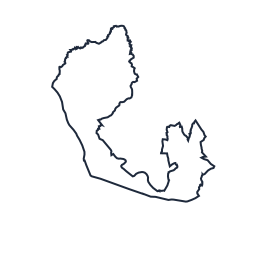 Calamar, Bolívar, Colombia (Robinson projection), rotated 143°
{"feature_id": "7082276B23618457670611", "entity_name": "Calamar", "entity_type": "district", "adm_level": 2, "iso_a3": "COL", "parent_name": "Colombia", "parent_adm1": "Bolívar", "projection": "robinson", "projection_center": [-75.024, 10.234], "detail": "fine", "context": "isolated", "style": "outline", "palette": "slate", "viewbox_px": 256, "rotation_deg": 143, "n_neighbors": 0, "source": "geoboundaries", "source_scale": "gbopen_adm2", "svg_char_len": 5737}
<svg xmlns="http://www.w3.org/2000/svg" viewBox="0 0 256 256"><g transform="rotate(143 128 128)"><path d="M112.2,31.1L112.1,33.8L111.8,34.0L111.7,34.6L111.1,35.3L107.9,36.3L107.0,37.9L105.0,38.4L104.8,39.1L104.1,39.2L103.6,38.6L103.5,37.6L102.9,37.9L101.6,39.6L101.6,40.5L101.3,39.9L101.0,40.3L100.8,42.3L100.1,43.8L98.5,44.7L97.5,45.6L96.6,45.7L96.4,46.0L96.4,45.6L95.9,45.7L95.5,45.4L94.5,45.1L89.8,45.9L88.3,45.8L86.3,45.6L83.8,44.6L82.1,45.5L83.5,49.4L83.8,54.4L86.0,57.4L87.2,60.1L85.7,59.8L83.0,58.3L83.6,64.1L82.5,65.0L81.6,67.3L81.1,68.0L80.0,70.5L78.5,73.1L74.7,72.9L73.2,74.0L71.1,74.4L71.2,76.2L70.1,79.5L70.3,82.5L69.5,93.4L71.1,93.0L72.5,92.0L73.0,92.5L74.0,92.3L74.8,91.9L75.6,90.9L77.7,89.5L78.8,89.0L79.1,88.4L79.8,88.1L80.6,86.6L80.9,86.9L81.7,86.0L82.0,85.9L82.3,86.1L82.4,85.4L82.9,85.4L83.2,84.7L84.3,83.8L85.6,83.3L87.5,81.8L87.3,83.0L86.3,83.8L86.1,84.7L86.4,85.4L86.4,86.9L86.8,87.5L87.1,88.9L86.8,91.8L86.5,92.8L85.0,95.0L84.3,96.8L85.9,97.5L85.7,98.0L84.4,98.8L83.8,101.4L84.6,101.5L85.5,101.2L86.5,101.6L87.7,101.4L89.5,101.6L92.1,104.5L92.5,104.4L93.4,104.8L94.5,104.0L95.9,105.3L96.4,105.2L98.2,103.3L99.0,100.9L100.3,100.9L100.6,99.7L101.1,99.5L101.4,99.0L101.4,97.7L102.5,96.4L102.7,95.7L103.2,95.1L103.9,94.6L105.0,96.3L107.0,98.1L108.6,96.6L110.8,92.6L113.9,90.3L114.9,88.9L116.2,88.5L116.8,87.9L112.1,84.2L113.4,81.7L114.2,79.4L115.2,78.0L117.7,72.2L114.6,72.4L112.1,72.0L111.2,71.5L111.7,70.2L111.4,68.2L111.5,67.8L111.7,67.4L111.6,67.7L112.3,67.2L112.2,67.1L112.4,66.9L113.1,66.9L114.4,67.1L115.6,66.8L117.0,66.8L120.6,68.1L121.1,68.0L122.2,68.3L122.9,67.5L123.4,67.4L125.2,65.3L126.6,62.7L126.6,61.7L127.1,61.6L127.5,61.0L131.2,58.4L136.7,56.1L136.8,56.4L138.9,57.5L139.9,58.4L140.4,59.6L140.3,59.9L140.8,59.1L140.9,59.5L142.0,59.6L141.4,59.4L141.4,59.2L142.5,59.8L144.0,65.1L144.4,69.1L144.2,72.7L143.5,74.4L141.7,76.5L141.2,78.0L141.0,80.1L141.5,82.3L142.6,83.8L143.6,84.6L146.4,86.0L149.1,86.5L151.8,86.0L153.3,86.5L155.4,94.5L156.1,98.1L156.7,99.8L156.6,101.2L156.2,101.8L155.1,102.2L152.9,101.9L150.8,102.2L150.0,102.4L149.4,103.5L149.7,104.9L150.4,106.1L152.6,108.3L153.8,109.0L155.0,110.5L155.4,112.8L155.4,116.1L157.6,116.3L156.3,118.5L155.4,119.2L155.0,120.1L154.9,121.3L155.5,133.5L157.2,136.5L155.8,140.8L156.2,142.9L154.5,144.7L153.2,144.5L152.4,145.4L151.4,144.6L150.2,146.9L148.8,146.2L147.6,147.1L147.0,146.1L147.1,152.3L145.3,151.7L144.9,151.2L143.2,151.2L141.3,150.5L137.8,148.8L134.9,148.6L133.8,148.3L131.3,148.9L130.7,149.6L127.9,149.9L126.7,150.9L125.2,151.4L121.4,151.3L120.8,151.7L120.4,152.5L119.1,153.2L118.5,153.2L116.9,152.0L115.2,151.3L111.8,151.8L109.8,151.4L108.9,150.6L106.9,150.4L104.7,151.9L104.5,152.6L103.8,153.1L102.1,155.5L101.5,156.5L101.0,159.4L100.6,160.1L98.8,160.8L98.0,161.6L96.9,161.8L96.1,161.7L95.2,160.7L92.3,160.3L91.4,162.2L89.1,162.6L88.7,165.4L89.1,165.5L89.9,167.2L89.8,167.8L89.0,169.8L87.4,171.4L86.7,171.7L87.2,173.4L88.0,175.0L86.6,176.4L86.3,177.7L86.9,178.6L86.8,179.3L87.1,180.3L86.1,180.9L85.4,180.7L84.6,181.1L81.1,180.8L80.1,182.1L80.0,183.9L80.7,184.9L80.7,185.5L81.9,186.0L81.1,186.7L80.8,186.6L80.7,186.8L80.1,186.6L80.1,187.6L79.6,187.7L79.5,188.1L79.1,188.1L79.0,188.4L78.7,188.3L78.4,188.6L78.1,188.4L78.0,188.9L77.6,189.0L77.7,189.3L77.3,190.4L77.1,190.3L77.1,190.7L76.9,190.7L77.1,191.8L76.4,191.5L76.0,191.8L76.3,191.9L76.0,192.1L75.8,192.7L76.2,193.0L76.3,193.8L76.0,194.1L76.0,194.5L75.7,194.5L75.0,195.1L74.7,195.1L74.9,195.8L74.5,195.6L74.4,196.0L74.1,195.7L73.9,196.2L74.1,196.2L74.1,196.4L74.3,196.6L74.1,196.8L73.9,196.6L73.9,197.0L75.0,197.4L75.4,197.9L75.0,198.0L75.2,198.3L74.9,199.2L73.9,199.9L73.9,200.1L73.4,199.9L72.9,201.8L73.3,202.2L73.4,203.7L72.8,204.3L71.8,204.8L71.8,205.1L70.8,206.7L70.7,207.5L71.0,208.1L70.6,208.4L70.6,209.0L70.3,209.4L70.6,210.0L70.3,210.2L70.1,211.8L70.6,212.6L71.7,213.6L73.2,214.4L74.4,214.6L74.9,215.3L75.9,215.6L76.1,216.0L76.1,216.8L77.6,217.6L78.3,217.2L78.4,217.4L79.0,216.7L78.9,216.9L80.0,217.3L80.6,216.8L80.7,217.1L80.9,217.0L81.1,217.6L81.7,217.7L82.0,217.1L82.6,216.8L83.0,216.0L83.3,216.0L83.4,215.5L84.2,215.0L84.6,214.9L84.8,215.2L85.4,214.8L85.6,214.3L87.4,214.0L88.1,214.2L88.9,213.5L88.9,213.0L89.8,213.2L90.3,212.3L92.7,211.7L94.4,212.6L95.9,212.3L97.2,212.8L97.7,212.5L100.5,212.8L101.9,214.9L102.2,215.8L102.2,216.3L105.3,218.5L106.2,220.0L106.4,221.6L107.5,222.5L107.8,222.4L108.7,220.3L108.6,219.6L109.0,219.3L109.7,219.7L109.8,220.1L110.9,221.0L111.5,220.6L111.8,220.0L112.5,220.1L113.2,219.3L114.5,219.6L115.4,219.3L115.8,219.6L116.5,219.6L117.0,220.6L117.9,220.2L118.3,220.3L119.0,221.9L119.1,222.7L119.6,222.6L120.0,223.2L120.6,222.1L120.9,222.1L121.1,222.5L121.3,222.2L121.9,222.3L121.4,223.0L121.9,223.1L121.9,223.5L121.6,223.6L121.9,224.2L122.5,223.8L123.7,223.6L124.3,224.2L124.7,224.1L124.9,223.9L125.5,224.3L126.1,224.2L127.0,224.9L127.0,223.9L127.5,223.3L130.2,224.5L130.9,224.3L132.1,222.9L132.6,223.0L132.6,222.4L133.0,222.3L133.4,221.5L133.6,221.8L134.1,221.8L135.1,221.1L135.5,221.4L136.9,220.7L137.6,219.8L138.8,219.1L138.6,218.4L139.2,217.3L142.0,217.5L143.1,217.0L144.1,216.9L145.0,217.0L145.5,217.9L146.1,218.0L147.5,216.1L148.0,214.8L150.2,212.2L151.1,212.4L152.1,211.6L153.0,211.7L154.2,211.4L155.6,210.0L156.8,210.1L159.1,209.8L160.6,209.1L160.9,209.1L163.8,206.5L163.3,203.4L163.0,198.7L163.4,194.3L165.0,188.5L168.6,181.8L169.1,177.4L171.8,171.5L172.8,167.8L173.1,165.4L172.6,159.5L172.7,154.7L173.3,152.5L173.8,147.7L175.0,141.6L177.1,135.2L178.8,132.9L181.8,130.2L182.8,128.5L182.2,128.1L183.7,123.3L186.5,112.6L186.0,111.2L180.5,104.0L163.8,78.4L155.7,66.4L155.6,66.5L151.2,59.5L147.4,56.4L139.0,46.2L136.4,44.8L134.7,43.4L126.1,34.4L124.7,33.6L120.4,32.3L116.4,31.4L112.2,31.1Z" fill="none" stroke="#1e293b" stroke-width="2"/></g></svg>